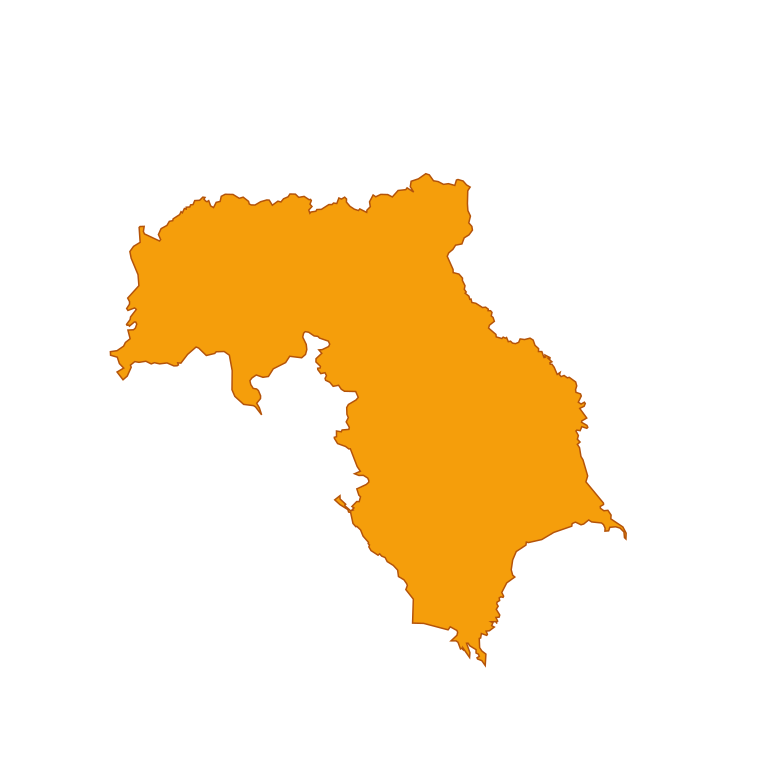 the district of Brebes, Jawa Tengah, Indonesia, rotated 139°
{"feature_id": "22746128B82312103386068", "entity_name": "Brebes", "entity_type": "district", "adm_level": 2, "iso_a3": "IDN", "parent_name": "Indonesia", "parent_adm1": "Jawa Tengah", "projection": "natural_earth1", "projection_center": [108.937, -7.053], "detail": "fine", "context": "isolated", "style": "filled", "palette": "amber", "viewbox_px": 768, "rotation_deg": 139, "n_neighbors": 0, "source": "geoboundaries", "source_scale": "gbopen_adm2", "svg_char_len": 6171}
<svg xmlns="http://www.w3.org/2000/svg" viewBox="0 0 768 768"><g transform="rotate(139 384 384)"><path d="M571.5,585.1L567.7,579.2L570.3,573.0L570.0,566.8L577.6,568.2L578.2,558.4L572.6,558.4L563.8,562.5L563.0,564.6L557.4,564.4L554.7,561.1L548.8,557.4L546.5,551.9L543.3,550.7L540.1,546.4L533.9,542.2L530.7,535.5L528.2,533.5L526.6,533.3L525.8,535.3L523.6,533.0L512.8,535.2L501.6,535.2L500.3,532.8L499.4,522.1L491.7,518.1L489.5,518.4L483.3,513.4L481.8,507.2L489.8,493.7L502.5,479.4L504.7,472.5L503.3,460.7L496.7,453.3L496.0,451.0L496.6,441.0L493.7,447.8L492.7,453.0L486.8,454.0L484.9,456.0L483.1,461.4L483.4,463.8L485.6,466.5L484.9,471.0L483.0,474.5L479.6,475.2L474.5,474.6L471.0,468.5L466.3,465.5L457.6,468.1L444.2,464.7L437.0,466.8L428.9,457.8L423.9,457.8L419.7,460.6L416.7,464.9L414.6,472.7L411.3,475.1L409.1,475.2L406.9,472.5L405.2,466.1L402.7,463.4L402.5,460.9L397.9,452.9L398.8,449.7L401.2,448.6L408.1,450.5L410.8,452.5L410.8,448.0L418.7,447.7L420.9,445.3L420.4,439.0L421.7,438.0L423.7,439.4L424.5,438.3L424.9,433.3L421.1,431.2L422.0,428.0L424.8,426.9L425.6,425.1L423.8,420.9L423.9,415.6L419.1,412.8L419.7,408.1L418.6,404.5L410.3,396.9L412.2,390.8L415.6,390.3L424.3,391.9L427.6,390.7L431.9,385.4L433.0,382.0L437.4,380.2L438.6,374.1L440.3,372.8L445.8,376.8L447.6,376.0L450.7,379.7L454.4,375.4L456.5,376.4L457.1,375.5L458.1,369.5L454.0,362.1L453.1,358.0L451.9,357.2L458.4,339.3L459.1,333.7L465.1,335.6L463.0,331.5L459.5,328.6L458.0,323.7L458.9,321.0L460.0,319.9L463.3,319.8L473.3,322.7L475.9,316.6L475.7,314.3L479.9,311.5L481.7,313.2L488.6,312.6L488.0,310.2L490.2,310.1L490.0,309.2L492.3,310.0L493.3,317.0L493.2,318.4L491.8,318.4L492.6,326.0L490.5,328.6L497.2,328.9L496.4,321.9L493.7,313.0L494.7,310.6L493.5,308.9L498.9,299.1L498.9,294.8L497.9,294.3L497.4,289.3L499.6,282.9L499.6,274.7L500.7,273.9L500.5,272.1L502.3,271.0L503.1,266.8L500.8,258.7L498.7,258.7L498.7,255.7L497.0,252.3L498.1,247.9L496.0,241.0L495.8,234.6L499.4,229.2L497.4,223.1L497.9,218.4L498.6,216.6L502.4,214.5L503.0,202.4L519.3,184.8L511.1,177.3L496.9,156.4L493.3,157.3L490.7,150.2L491.3,148.3L493.8,146.5L501.9,146.2L498.1,142.8L497.6,140.5L500.1,133.9L498.9,133.7L498.6,131.6L497.6,132.9L498.8,121.5L495.4,124.9L491.8,134.2L490.6,133.3L491.0,130.1L488.8,123.1L491.0,120.6L490.0,118.1L490.8,115.9L493.4,116.4L493.8,115.1L491.7,111.0L492.3,105.1L484.3,113.3L485.3,118.3L484.8,122.3L479.0,129.5L477.7,128.9L474.2,131.8L471.4,126.9L470.2,127.2L469.1,130.5L466.3,128.6L460.2,128.2L461.3,131.0L458.5,132.3L459.2,134.3L455.6,131.4L455.9,129.1L455.3,130.8L453.8,130.5L452.7,134.4L450.1,132.5L448.2,133.7L447.1,140.3L443.6,141.4L443.1,144.2L441.8,145.2L438.8,144.7L437.4,147.0L435.5,146.7L434.1,144.9L432.9,145.4L431.9,149.4L421.8,153.4L411.9,152.5L412.3,155.3L409.9,160.3L402.3,166.8L394.1,170.8L382.6,169.3L380.3,171.3L379.1,169.6L367.0,163.1L353.2,160.6L335.6,153.5L333.8,155.1L332.3,154.9L330.1,154.1L327.7,148.5L325.1,147.3L318.7,147.1L317.8,143.7L311.0,136.4L310.6,133.8L311.7,130.2L313.8,128.0L310.8,125.8L307.6,127.7L302.8,124.2L300.4,120.4L300.0,114.9L303.3,110.3L303.1,108.3L299.1,112.6L297.5,119.4L301.3,133.4L298.6,136.1L297.9,141.8L301.2,144.1L302.2,148.2L301.1,149.7L297.4,149.0L296.5,150.1L295.8,177.7L290.6,181.0L283.6,196.2L282.9,200.1L278.2,207.7L277.7,211.6L274.1,211.6L274.3,215.5L271.1,217.6L270.0,222.6L268.7,222.7L266.6,220.1L262.7,222.0L260.0,217.5L258.6,217.6L258.0,219.6L260.0,225.5L258.9,226.4L253.3,225.3L252.3,237.2L247.6,235.9L244.9,237.2L244.7,238.8L248.4,239.6L249.3,242.8L243.0,245.5L242.2,247.6L244.6,251.8L243.1,254.1L239.8,256.1L238.0,259.8L239.8,267.5L241.6,268.4L242.5,272.3L245.5,273.4L245.5,275.9L243.5,277.2L247.0,277.6L244.6,285.0L244.3,288.7L245.6,289.9L244.9,291.2L242.7,290.6L243.3,295.6L242.1,294.4L241.4,295.0L243.5,300.3L244.9,298.4L245.9,299.0L243.6,304.9L246.1,307.2L244.1,309.3L244.7,314.1L242.6,319.3L243.7,322.8L248.7,325.3L251.7,328.7L255.0,327.1L258.3,328.2L260.2,330.6L260.4,333.3L262.4,334.4L261.0,338.7L262.4,339.0L263.3,341.2L265.2,341.0L268.4,345.9L267.0,348.0L268.4,357.6L265.8,359.2L259.6,358.9L258.0,362.7L258.4,365.0L255.5,367.2L255.5,369.4L257.3,371.1L256.2,372.1L256.9,375.3L259.5,377.1L261.7,384.6L264.2,387.9L262.6,391.0L263.7,391.6L262.3,394.6L263.2,399.3L261.6,399.5L261.3,402.8L258.4,405.0L256.9,410.7L255.3,412.4L255.3,417.8L258.7,422.7L256.7,425.2L252.5,438.9L249.1,440.5L243.7,440.4L238.9,441.8L233.3,438.6L227.6,441.7L222.0,440.8L216.3,442.1L214.3,445.3L214.3,450.0L208.6,454.0L206.9,459.9L202.7,465.4L194.0,474.9L189.8,476.1L191.1,480.1L191.1,485.3L194.0,489.8L195.5,490.4L200.3,487.4L203.9,492.9L208.1,495.6L210.3,501.2L213.3,504.9L212.6,512.1L214.5,515.3L223.5,516.3L230.5,519.2L234.7,515.7L235.7,509.4L237.9,516.9L240.1,516.4L246.4,520.8L255.0,519.7L256.9,524.5L262.0,529.2L267.4,530.7L268.2,533.8L275.4,531.0L278.0,526.8L282.8,526.4L284.5,524.9L287.4,532.0L289.5,531.7L291.7,535.4L293.1,540.4L293.0,546.0L290.9,548.2L291.1,550.8L294.8,551.5L296.0,554.0L301.2,551.2L303.4,553.7L305.5,553.5L307.9,555.6L316.7,556.9L320.2,559.7L322.1,559.1L326.4,561.8L327.9,561.5L326.7,564.6L321.9,565.2L321.9,568.3L318.5,570.1L318.3,571.5L319.6,572.2L321.2,578.0L325.9,580.8L326.3,585.4L330.3,589.1L333.6,588.2L338.3,589.7L342.4,589.0L344.1,591.6L351.0,592.2L350.0,598.1L351.7,599.8L357.5,602.5L363.9,603.7L366.7,606.2L367.6,608.2L366.4,610.7L367.7,617.4L371.4,619.1L373.6,626.1L379.4,631.4L383.7,632.4L387.9,629.3L391.5,631.2L396.9,629.0L398.0,632.1L396.0,637.4L398.0,637.7L398.6,639.1L398.6,641.7L396.7,642.2L398.1,643.9L402.6,643.6L406.5,646.6L410.4,644.7L412.5,646.1L414.4,645.0L417.3,647.2L418.5,645.8L419.5,647.4L423.9,645.5L424.1,647.2L427.1,645.9L434.7,647.0L436.3,645.9L439.3,647.6L443.8,646.1L450.3,647.5L456.2,644.8L457.8,639.5L459.6,639.2L466.3,654.4L465.6,656.9L461.6,660.3L464.8,662.9L466.1,662.8L475.1,650.9L482.7,652.2L488.9,650.7L492.3,644.8L497.9,627.9L504.5,619.0L521.1,617.0L522.0,613.1L523.7,611.2L528.7,609.8L529.0,607.5L522.3,605.0L522.0,602.8L531.3,600.9L533.3,599.2L539.2,597.9L539.4,596.9L538.0,596.0L538.2,594.7L531.7,594.6L530.7,593.6L531.3,591.4L535.0,589.3L537.5,589.3L541.9,592.7L545.9,584.7L551.9,585.0L555.7,583.4L563.6,584.3L569.3,587.9L571.5,585.1Z" fill="#f59e0b" stroke="#b45309" stroke-width="1.5"/></g></svg>